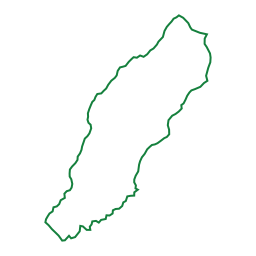 Ourizona, Paraná, Brazil
{"feature_id": "56859067B49568811571304", "entity_name": "Ourizona", "entity_type": "district", "adm_level": 2, "iso_a3": "BRA", "parent_name": "Brazil", "parent_adm1": "Paraná", "projection": "albers", "projection_center": [-52.237, -23.461], "detail": "fine", "context": "isolated", "style": "outline", "palette": "green", "viewbox_px": 256, "rotation_deg": 0, "n_neighbors": 0, "source": "geoboundaries", "source_scale": "gbopen_adm2", "svg_char_len": 1908}
<svg xmlns="http://www.w3.org/2000/svg" viewBox="0 0 256 256"><path d="M137.8,189.7L135.5,188.4L135.9,185.4L134.2,182.3L134.3,179.4L135.7,175.7L138.2,171.4L139.1,164.6L140.1,161.2L141.9,157.3L144.7,153.8L147.2,149.3L149.7,146.9L151.9,145.0L154.9,144.4L157.5,143.2L160.8,140.8L164.3,138.1L166.8,137.0L169.2,134.3L169.1,129.7L167.8,125.2L168.5,120.2L172.2,115.7L175.5,114.0L178.7,111.6L181.7,108.5L181.3,105.1L183.6,103.4L185.5,99.7L187.2,95.8L189.4,92.5L191.4,90.4L195.0,89.1L200.4,86.8L204.0,83.0L207.4,80.8L206.1,75.8L208.3,67.7L210.3,62.3L210.6,57.5L210.0,53.4L208.4,50.3L206.7,47.0L204.6,43.9L204.7,38.6L206.9,34.3L199.9,32.8L191.9,29.6L190.3,27.4L188.3,23.1L183.2,17.8L178.9,15.4L176.5,17.3L173.6,18.7L171.6,21.5L169.1,24.2L166.8,26.9L164.5,31.0L162.9,37.0L158.5,41.6L156.9,44.6L153.5,48.5L150.3,50.4L147.2,54.3L143.6,56.8L140.1,55.5L136.9,57.7L133.6,57.2L131.5,59.1L128.7,61.9L125.6,65.9L122.9,66.7L120.0,67.4L117.7,70.9L116.7,75.4L114.8,77.9L111.3,80.7L108.2,84.8L106.2,88.5L103.7,90.8L101.3,93.4L97.3,94.0L95.5,96.9L94.3,100.0L92.3,101.9L91.0,104.8L89.3,109.0L87.9,113.3L88.1,116.8L87.5,119.7L88.5,122.8L90.6,124.7L91.2,128.3L89.4,133.4L87.4,136.2L84.8,138.6L83.7,141.9L82.1,146.5L81.5,149.8L80.0,153.4L77.7,156.6L77.5,159.9L75.4,163.1L72.1,166.5L69.9,169.5L69.6,173.5L69.7,176.6L71.3,179.3L72.3,183.9L71.6,187.6L69.9,190.2L66.7,191.2L64.4,193.7L64.8,197.9L60.7,200.2L59.2,204.1L56.8,206.4L53.5,207.3L52.6,211.4L49.5,213.5L47.7,216.3L46.0,219.3L45.4,222.3L48.6,225.2L51.9,229.1L58.6,235.6L62.2,240.6L64.9,240.3L69.0,235.8L71.1,238.3L75.1,237.1L79.7,231.3L80.3,225.9L82.9,226.4L86.7,229.9L90.3,229.9L89.8,226.7L91.6,224.4L92.3,221.4L96.0,220.9L98.8,222.6L101.1,219.9L105.7,219.0L106.5,215.3L109.6,215.5L112.6,213.5L112.9,210.3L115.6,209.0L119.1,208.7L122.2,206.0L123.3,202.4L125.8,201.0L127.3,196.4L130.4,195.8L134.2,195.6L134.3,192.3L137.8,189.7Z" fill="none" stroke="#15803d" stroke-width="2"/></svg>